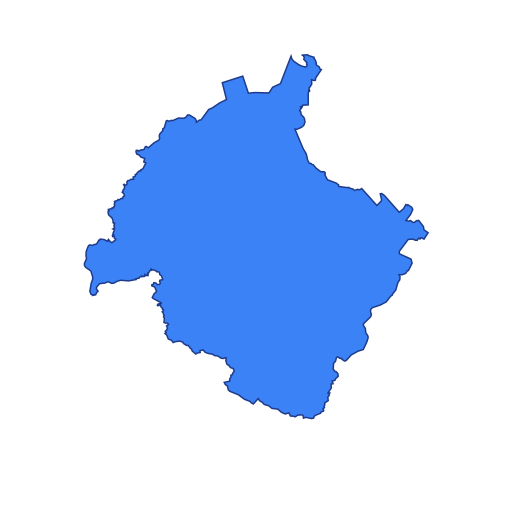 outline of Acaxochitlán, Hidalgo, Mexico, rotated 155°
{"feature_id": "50627088B79111544799343", "entity_name": "Acaxochitlán", "entity_type": "district", "adm_level": 2, "iso_a3": "MEX", "parent_name": "Mexico", "parent_adm1": "Hidalgo", "projection": "mercator", "projection_center": [-98.184, 20.165], "detail": "fine", "context": "isolated", "style": "filled", "palette": "blue", "viewbox_px": 512, "rotation_deg": 155, "n_neighbors": 0, "source": "geoboundaries", "source_scale": "gbopen_adm2", "svg_char_len": 6131}
<svg xmlns="http://www.w3.org/2000/svg" viewBox="0 0 512 512"><g transform="rotate(155 256 256)"><path d="M124.0,178.4L117.6,183.5L116.8,187.6L125.0,197.3L124.8,198.7L123.7,199.9L111.0,206.7L106.9,205.1L104.8,202.9L103.3,202.1L101.1,203.4L100.2,202.1L98.7,203.0L96.6,200.3L90.2,204.3L92.7,208.8L91.8,211.9L93.5,219.5L95.7,220.2L97.9,219.5L99.6,220.1L101.0,222.9L102.7,222.9L105.1,224.8L98.3,228.4L94.2,232.0L94.3,234.4L96.7,238.3L97.6,237.9L98.4,239.3L102.5,236.4L107.7,235.1L113.9,256.1L115.5,259.4L117.1,259.9L118.4,254.0L119.2,252.9L125.1,250.7L131.7,272.5L133.4,272.2L135.1,272.7L135.7,273.5L138.9,273.7L139.9,275.8L142.5,277.9L142.8,278.9L144.7,279.6L151.2,283.8L151.6,284.5L151.1,285.5L152.5,288.2L159.0,294.9L159.3,299.9L158.1,302.3L158.6,303.5L161.8,305.2L164.6,310.7L165.6,314.7L166.5,315.1L167.1,316.7L168.5,317.5L168.7,320.8L167.3,327.3L167.9,333.4L167.1,354.5L165.5,353.6L163.6,353.5L160.5,353.4L157.5,354.2L155.0,356.6L154.1,359.9L154.1,361.7L155.3,364.8L154.5,368.1L155.1,369.2L152.3,370.9L153.0,371.0L152.4,371.6L152.6,372.4L150.8,372.0L150.1,373.0L144.8,370.9L139.7,381.8L138.8,382.8L137.8,382.7L137.5,383.5L139.0,383.5L138.1,383.7L136.4,386.3L135.7,386.3L132.8,388.3L131.2,392.3L129.1,390.4L127.9,390.2L126.6,392.2L118.0,397.3L119.0,398.5L118.8,400.8L120.3,403.0L120.5,404.5L119.7,405.5L119.5,408.8L120.0,410.8L119.4,411.5L123.6,415.4L124.1,416.5L129.8,418.8L128.7,418.1L128.2,415.6L129.6,414.1L128.2,409.6L129.1,408.6L128.9,407.6L129.2,406.9L131.1,406.3L134.4,408.8L136.8,411.9L139.6,416.9L140.2,419.5L139.8,422.3L161.0,401.9L169.6,401.9L175.3,398.3L187.7,404.5L194.1,406.8L192.0,424.6L213.3,427.3L216.6,410.3L224.3,410.1L233.0,408.7L236.9,408.8L248.2,402.6L250.2,403.1L253.5,402.4L252.9,404.3L253.1,406.5L256.9,412.1L258.5,412.7L261.2,411.3L263.6,411.5L267.9,413.8L274.1,413.9L275.6,414.8L277.5,414.7L279.3,416.4L280.3,416.3L285.0,410.9L286.8,410.6L287.4,409.1L291.7,407.2L293.0,405.7L293.6,403.3L294.9,402.1L300.5,401.7L307.9,399.6L309.3,401.8L310.3,401.7L312.1,400.1L314.2,400.1L315.2,400.8L318.3,400.6L318.4,401.7L319.9,402.3L320.8,401.1L321.0,398.8L319.2,396.8L318.5,394.2L315.6,391.5L318.0,388.6L316.5,387.1L317.3,386.3L321.6,382.8L323.9,382.8L324.5,382.5L324.5,381.9L326.1,382.4L328.6,381.6L329.8,380.5L330.9,380.9L331.9,379.2L334.0,379.5L334.5,377.3L336.9,378.4L338.8,378.0L340.3,378.5L341.9,377.5L342.3,375.8L343.9,375.2L345.1,376.1L345.2,376.7L345.9,376.5L345.5,374.8L346.2,373.8L347.2,372.5L348.7,371.9L349.4,370.7L350.3,370.4L349.4,368.2L349.6,366.8L350.1,365.9L351.0,366.1L352.5,365.0L352.6,364.5L354.2,365.2L356.1,364.6L357.1,365.5L358.5,364.8L360.5,365.3L361.3,365.1L361.3,363.9L362.5,363.1L362.6,361.9L363.1,361.1L364.4,360.6L364.4,360.0L365.3,360.3L366.4,359.8L366.6,360.3L367.2,360.0L370.1,360.6L370.4,359.0L370.8,359.3L371.7,358.0L372.2,355.7L370.4,351.0L370.8,347.7L371.5,346.7L370.3,345.6L371.1,345.2L371.0,344.3L372.1,343.3L372.3,341.1L374.2,341.0L373.4,340.1L373.4,339.4L376.0,337.0L376.1,335.7L376.4,336.1L377.5,335.2L377.7,334.2L376.2,333.8L376.8,332.0L376.0,330.6L376.3,330.0L380.9,329.0L382.0,330.4L382.6,332.9L383.1,332.1L383.8,332.2L383.7,332.8L384.6,332.3L386.7,335.1L390.0,337.2L391.1,336.4L391.7,336.8L394.9,334.5L396.2,334.3L397.7,334.8L399.5,334.6L402.1,336.4L403.8,335.9L408.1,331.7L410.0,328.0L410.7,325.2L414.6,321.8L415.5,319.8L415.1,317.6L412.0,312.3L412.8,306.3L413.9,303.9L416.9,300.9L421.4,294.4L421.8,291.4L420.8,289.8L419.8,289.5L420.2,289.2L417.7,288.6L415.7,290.4L414.2,290.6L414.0,291.4L414.6,293.1L414.2,294.2L413.4,295.3L409.5,297.0L404.1,295.3L400.8,295.2L398.4,292.2L396.3,291.5L392.5,291.8L388.9,291.2L381.8,287.2L374.7,285.4L374.7,286.1L371.1,285.4L370.5,286.0L368.0,286.2L367.4,285.7L367.8,285.4L365.6,284.6L364.6,286.1L364.1,284.9L362.1,283.9L361.4,285.2L362.0,285.6L361.1,286.4L360.3,286.2L356.6,288.5L356.5,287.1L355.0,287.1L352.9,284.7L352.7,283.7L350.8,282.7L350.5,281.8L351.1,279.9L350.1,278.1L350.4,274.3L350.8,274.0L353.3,274.7L354.2,273.7L354.0,271.9L355.6,271.0L357.5,271.8L358.0,273.5L359.0,274.6L359.9,275.0L360.9,273.8L362.7,273.9L363.0,272.9L360.9,270.7L361.1,265.8L364.2,264.9L367.6,262.2L367.3,261.2L361.7,253.6L362.0,253.0L364.9,253.9L366.2,253.2L365.9,252.3L363.4,252.0L363.6,249.9L363.0,248.5L363.3,247.3L362.5,246.4L362.8,245.7L364.6,245.1L364.1,243.7L364.6,241.9L364.3,240.9L365.5,240.0L365.4,238.1L367.5,234.7L366.5,233.5L365.0,232.9L364.1,231.2L364.5,230.7L366.6,230.5L366.7,227.9L368.1,227.1L368.3,226.4L370.0,226.2L370.3,225.2L369.9,224.5L371.3,224.1L370.3,222.2L370.6,217.8L368.2,215.3L367.7,212.6L365.1,212.4L361.1,211.1L358.8,208.9L358.7,207.4L356.8,204.4L355.2,203.5L354.5,200.0L353.8,198.9L354.0,197.0L352.0,192.6L350.3,192.9L347.4,192.1L346.8,193.9L343.6,193.2L342.8,190.2L340.2,187.6L337.0,185.5L335.6,183.2L333.0,181.7L330.7,178.0L328.4,176.7L326.8,176.9L326.2,176.4L326.1,175.8L327.5,174.2L328.1,170.3L326.6,167.6L326.4,165.7L324.1,163.6L324.5,160.7L326.7,159.6L327.7,158.4L329.2,158.5L329.6,157.2L331.8,155.6L332.8,153.7L338.2,154.9L338.1,152.2L336.8,150.4L337.7,146.4L336.9,144.4L330.6,137.7L327.0,131.0L322.9,126.8L322.5,125.3L321.0,123.0L314.2,125.8L313.9,123.2L312.2,120.9L311.3,118.0L307.7,114.8L305.9,111.1L301.0,108.1L298.9,103.4L296.3,100.5L292.5,99.9L292.4,96.4L289.8,95.0L288.5,93.7L285.4,94.1L281.2,92.5L280.8,91.5L281.5,89.0L279.0,88.7L274.2,85.1L272.3,84.7L270.9,86.2L268.9,86.5L264.1,86.2L262.9,87.1L260.5,86.9L259.8,87.6L259.9,89.1L258.0,89.7L258.0,90.8L256.7,91.8L255.8,93.8L251.6,94.4L250.7,97.6L248.3,99.0L248.2,100.1L247.1,100.6L248.6,101.5L243.6,104.5L242.1,108.2L240.1,107.7L239.8,110.6L237.2,109.9L235.6,111.2L232.4,112.2L231.5,114.6L232.2,117.2L233.2,118.0L233.8,120.9L231.0,126.0L228.5,126.9L225.9,130.1L224.4,130.0L223.4,127.9L221.6,126.9L221.8,126.2L220.3,123.5L219.4,123.1L217.8,123.4L211.5,126.1L203.7,126.6L198.3,125.9L191.7,131.4L188.8,134.7L188.4,136.3L188.9,140.2L187.5,144.2L188.0,147.5L187.3,149.1L177.7,152.5L176.2,154.1L175.6,157.6L174.3,159.3L172.2,160.0L163.9,159.0L157.3,159.4L150.9,162.7L149.1,162.9L148.5,163.7L143.7,166.1L138.5,172.1L135.8,173.6L134.2,176.4L134.3,178.7L131.6,177.3L127.7,177.0L124.9,178.7L124.0,178.4Z" fill="#3b82f6" stroke="#1e3a8a" stroke-width="1.5"/></g></svg>